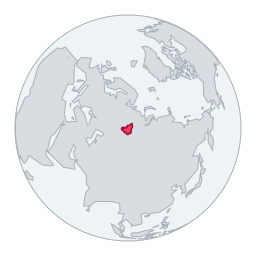 Sverdlovsk highlighted on a globe, orthographic projection, rotated 51°
{"feature_id": "RUS-2386", "entity_name": "Sverdlovsk", "entity_type": "Region", "adm_level": 1, "iso_a3": "RUS", "parent_name": "Russia", "parent_adm1": "", "projection": "orthographic", "projection_center": [60.591, 59.024], "detail": "fine", "context": "on_globe", "style": "filled", "palette": "rose", "viewbox_px": 256, "rotation_deg": 51, "n_neighbors": 0, "source": "natural_earth", "source_scale": "10m", "svg_char_len": 12732}
<svg xmlns="http://www.w3.org/2000/svg" viewBox="0 0 256 256"><g transform="rotate(51 128 128)"><circle cx="128" cy="128" r="113" fill="#eef3f6" stroke="#a8b0b8"/><path d="M118.5,15.8L120.3,15.6L119.1,15.7L121.9,15.5L124.5,15.5L130.0,15.6L135.5,17.1L134.9,20.7L132.3,19.9L132.4,21.0L135.8,22.1L137.9,22.7L143.1,29.4L153.5,35.7L158.9,36.4L156.0,37.5L167.7,38.0L174.7,41.4L165.4,38.4L163.5,38.9L167.6,41.5L166.5,42.5L167.8,44.5L166.2,45.5L160.9,44.0L159.7,44.7L162.7,46.5L162.9,48.9L158.7,46.1L158.6,50.0L149.8,48.5L139.9,40.7L133.7,41.5L120.1,38.0L120.0,39.5L114.8,39.4L112.8,41.3L110.8,40.3L110.9,42.6L113.1,43.2L113.8,44.5L112.8,45.7L110.1,44.5L110.3,43.8L109.0,44.1L108.1,43.0L107.9,44.2L104.8,42.8L106.4,46.0L102.7,46.4L101.0,45.0L103.2,42.8L104.7,34.8L103.7,33.1L100.1,32.6L89.1,36.4L87.2,35.6L83.1,36.1L83.3,37.5L86.5,37.7L85.7,40.6L89.8,40.6L90.1,41.9L93.5,43.0L90.8,45.3L86.4,47.1L83.4,46.4L81.4,47.2L82.4,50.1L75.3,51.1L67.6,55.9L66.0,56.0L66.0,52.0L70.4,46.3L70.4,41.8L68.2,47.3L64.2,47.8L62.6,49.0L61.6,50.6L62.2,51.6L60.4,52.4L61.9,47.0L63.6,46.1L63.1,47.8L65.2,45.2L66.1,41.9L64.0,42.6L67.8,37.4L66.3,37.9L66.3,37.1L68.4,36.7L64.7,37.5L68.7,32.9L63.8,35.4L71.0,31.1L75.1,28.8L79.6,26.4L78.8,26.7L85.8,23.6L87.8,22.8L95.2,20.2L102.9,18.2L110.6,16.7L118.5,15.8ZM61.1,37.5L62.8,36.2L61.3,37.3L61.1,37.5ZM139.1,22.8L136.0,22.1L133.3,20.8L136.1,21.2L139.1,22.8ZM143.9,25.9L142.1,25.7L142.1,24.2L143.1,24.8L143.9,25.9ZM163.0,36.7L160.6,35.5L163.3,36.3L163.0,36.7ZM168.3,44.6L169.3,44.6L169.6,45.6L168.3,44.6ZM94.7,41.6L94.1,42.3L93.8,41.7L94.7,41.6ZM96.7,41.5L96.8,40.4L97.8,40.2L97.7,40.9L96.7,41.5ZM167.3,48.2L167.4,49.9L166.4,47.9L167.3,48.2ZM96.4,42.9L99.5,40.0L101.3,39.7L102.4,42.1L96.4,42.9ZM166.9,50.7L167.2,55.0L169.5,55.4L163.2,56.9L165.0,52.6L163.4,50.0L165.5,51.2L166.9,50.7ZM114.2,42.9L111.8,42.3L114.7,41.7L114.2,42.9ZM115.8,42.2L123.6,38.9L126.6,40.5L123.4,41.2L128.0,42.5L125.6,44.8L122.6,44.7L121.1,43.2L121.3,45.2L115.8,42.2ZM159.7,57.1L159.0,57.9L158.7,56.7L159.7,57.1ZM114.3,44.9L115.6,44.1L118.3,45.3L116.2,47.3L116.0,46.3L114.3,44.9ZM130.4,41.7L132.0,43.0L130.5,45.3L130.9,46.2L125.8,45.0L130.4,41.7ZM114.9,46.6L115.0,48.3L112.9,48.8L113.2,45.9L114.9,46.6ZM119.9,44.9L121.1,45.6L119.7,45.8L119.9,44.9ZM105.3,51.8L106.8,50.6L108.3,51.2L105.3,51.8ZM115.2,48.9L116.0,48.7L116.7,48.8L116.4,50.1L115.2,48.9ZM125.1,46.7L124.2,47.4L127.1,47.3L126.2,49.1L122.9,48.0L123.9,49.3L123.6,49.8L121.3,48.4L125.1,46.7ZM118.4,51.7L113.9,51.1L110.8,53.1L109.3,52.7L114.6,49.5L118.4,51.7ZM120.3,49.8L118.8,50.9L117.7,49.7L118.2,48.3L120.3,49.8ZM126.7,50.7L129.0,48.3L129.6,48.6L126.7,50.7ZM117.6,52.5L118.7,52.6L117.5,52.7L117.6,52.5ZM124.1,51.5L124.9,50.5L125.6,50.9L124.1,51.5ZM120.3,53.7L118.9,53.5L119.1,52.5L120.3,53.7ZM122.2,52.9L123.0,53.6L120.0,52.3L122.4,52.4L122.2,52.9ZM124.6,52.0L125.3,51.9L124.2,52.4L124.6,52.0ZM120.2,57.6L116.5,56.1L117.0,53.9L120.6,55.6L120.2,57.6ZM51.6,210.8L46.6,205.4L47.5,204.6L46.1,201.3L39.5,188.8L40.8,185.8L39.4,182.3L36.3,179.4L34.9,175.0L33.1,172.7L23.5,158.8L21.5,150.2L21.4,132.3L23.8,131.0L25.9,125.7L44.2,125.3L46.1,130.7L58.3,141.1L59.5,143.4L56.0,147.1L63.5,161.2L68.4,159.6L77.2,168.8L84.4,172.1L90.6,163.9L78.9,158.4L78.8,152.7L89.9,153.1L100.5,157.9L100.8,155.8L95.8,149.0L100.0,146.4L94.3,146.3L95.3,149.1L91.8,149.1L90.7,146.6L92.2,145.8L89.5,143.5L82.9,148.5L83.3,151.8L75.1,148.6L74.9,154.0L72.1,154.8L71.4,146.0L72.8,143.8L70.1,132.1L67.9,134.1L70.3,145.4L68.8,143.5L65.8,146.6L66.8,142.8L64.8,130.2L58.6,126.3L47.7,128.9L44.7,125.8L43.6,120.3L50.6,112.6L56.5,120.3L59.1,118.0L60.5,111.2L62.2,114.2L63.5,112.5L65.9,115.2L72.0,114.2L74.9,116.4L79.8,111.6L81.9,112.1L78.4,114.7L77.6,117.8L85.1,123.3L87.3,123.0L89.8,119.6L91.6,121.6L93.1,117.6L98.6,118.9L93.1,114.0L96.0,110.1L100.7,108.6L100.6,106.5L93.0,108.9L90.8,110.7L90.6,113.7L83.8,118.2L80.7,117.3L84.0,109.4L80.0,107.4L84.3,102.5L102.3,98.6L108.5,99.4L113.6,109.3L110.7,111.4L107.4,108.8L108.1,115.0L109.2,112.6L110.6,114.5L113.7,111.4L114.9,112.5L115.9,107.8L117.7,108.8L117.0,111.8L123.1,108.5L127.5,109.9L128.3,108.6L128.0,106.8L133.8,109.9L134.1,108.8L132.4,107.4L131.9,104.4L133.3,100.3L135.3,101.6L135.0,103.2L137.4,108.7L136.4,113.0L137.3,113.2L138.6,109.7L135.8,103.0L136.1,100.3L137.9,103.2L137.3,101.9L138.0,100.9L140.6,101.2L138.8,97.9L144.6,86.2L150.2,85.8L151.1,89.6L157.2,83.3L163.0,83.8L161.3,82.4L163.1,78.7L161.4,78.5L160.7,77.6L164.5,68.6L166.9,67.6L166.7,62.6L165.9,61.9L164.1,62.3L163.2,56.9L169.5,55.4L171.1,56.9L173.9,55.2L177.2,59.0L181.2,61.5L183.1,67.0L186.1,68.6L186.9,67.8L191.5,69.5L198.5,76.4L189.5,74.6L178.4,65.9L182.6,69.7L180.7,70.0L181.6,72.2L184.6,74.8L185.6,74.4L185.3,85.5L190.7,95.5L192.8,91.5L196.1,91.6L204.0,100.4L207.7,120.0L212.1,121.2L213.8,123.6L212.8,127.8L210.5,124.3L207.7,125.4L206.5,122.9L204.3,128.6L202.4,125.3L201.6,131.6L204.1,133.0L206.8,129.0L206.8,136.1L212.1,137.0L214.9,141.7L213.4,156.2L208.6,164.4L208.7,166.2L205.7,166.7L203.3,172.4L210.4,176.5L210.8,178.8L206.2,187.4L205.8,185.9L197.7,187.0L197.4,193.2L203.6,193.4L205.7,196.6L201.5,198.2L199.2,195.5L196.3,195.8L196.2,190.9L192.2,185.3L187.9,189.3L187.4,186.2L181.2,182.0L174.6,187.3L164.6,199.5L164.6,207.3L160.5,211.5L152.3,202.5L149.9,194.9L146.1,196.2L138.2,189.9L122.3,189.7L120.8,187.3L117.7,188.1L112.3,185.2L110.3,181.0L106.7,180.7L112.3,191.6L116.2,191.9L120.6,188.5L121.3,192.1L126.6,195.3L118.0,202.7L95.7,205.4L94.8,199.2L84.5,177.4L85.5,175.5L85.5,175.2L85.5,174.7L83.2,177.5L81.9,173.0L86.0,188.3L86.1,193.7L95.3,205.6L94.1,206.2L97.5,208.8L109.9,209.1L109.6,210.9L103.0,217.6L87.1,222.4L89.9,227.9L90.1,231.0L81.9,229.4L84.3,231.5L80.3,230.0L81.1,230.4L73.2,226.4L65.6,221.8L58.4,216.5L51.6,210.8ZM35.7,130.0L34.7,131.4L35.7,130.0ZM110.4,167.7L117.6,169.4L116.6,162.4L119.3,162.6L118.0,160.2L116.5,161.9L113.6,155.6L117.6,154.2L117.9,151.2L115.5,150.5L108.7,154.0L112.8,163.1L110.2,165.3L110.4,167.7ZM60.4,37.9L60.8,37.6L59.5,38.6L60.4,37.9ZM60.1,38.3L60.5,38.0L61.4,37.3L60.1,38.3ZM64.2,48.1L64.0,48.5L62.6,50.1L62.7,49.3L64.2,48.1ZM60.0,58.2L57.2,59.2L59.3,57.8L58.8,56.8L62.6,52.6L65.4,55.8L63.5,55.0L60.0,58.2ZM68.5,48.2L65.7,50.3L68.6,47.9L68.5,48.2ZM68.2,101.0L68.2,103.3L66.0,104.6L62.3,102.3L65.5,100.4L68.2,101.0ZM68.7,106.4L73.0,99.5L75.5,100.9L73.4,101.2L74.6,102.8L71.5,103.9L69.6,112.1L67.5,113.7L61.9,108.3L64.9,109.1L64.7,106.6L68.7,106.4ZM79.8,81.3L81.7,78.7L84.5,84.8L82.4,86.5L78.6,84.2L78.9,80.8L79.8,81.3ZM97.9,47.9L98.4,46.9L99.2,47.1L99.3,48.2L97.9,47.9ZM105.8,51.2L96.3,52.9L96.4,51.7L90.6,54.3L88.8,52.3L92.6,50.7L86.8,51.2L89.5,48.9L85.5,49.7L94.2,46.2L96.4,44.3L94.7,47.1L96.3,49.0L97.7,49.2L103.2,48.5L108.7,45.5L111.2,47.1L111.6,48.9L110.6,49.9L109.3,48.6L109.0,50.8L106.3,49.6L105.8,51.2ZM113.9,72.3L112.7,70.0L111.7,75.0L109.0,73.6L109.1,74.2L106.3,74.3L103.1,75.6L102.2,74.6L101.3,75.6L99.5,75.7L98.0,76.7L95.8,75.3L93.8,76.5L93.9,75.1L91.0,77.6L92.2,75.1L89.9,75.2L90.0,77.5L82.0,68.0L77.7,66.2L73.5,66.1L76.1,62.2L81.7,59.8L88.3,59.0L92.0,61.4L92.5,59.3L94.4,59.9L93.3,61.3L96.3,59.4L97.5,60.3L103.4,60.1L106.9,57.1L109.2,57.0L108.4,58.6L111.2,57.4L111.3,60.5L112.9,60.5L114.6,63.7L112.2,67.0L114.2,66.8L115.6,69.3L113.9,72.3ZM120.6,58.6L118.4,62.6L115.8,63.9L113.9,57.8L112.4,57.4L111.1,53.7L114.9,52.1L114.9,53.2L115.8,54.0L114.3,54.2L116.2,54.6L116.3,56.3L117.8,57.1L116.6,58.1L120.6,58.6ZM62.1,143.0L63.3,144.3L65.4,145.7L63.5,147.8L62.1,143.0ZM60.6,134.5L61.8,135.2L60.2,138.6L59.0,137.3L60.6,134.5ZM63.8,132.7L62.0,134.9L62.3,133.0L63.8,132.7ZM79.7,115.2L81.2,115.8L80.8,116.7L79.4,117.5L79.7,115.2ZM110.3,87.5L110.1,85.9L110.8,85.6L112.5,82.1L114.6,83.0L114.4,85.5L110.3,87.5ZM87.9,164.7L85.0,165.6L84.3,164.2L85.4,164.2L87.9,164.7ZM73.1,156.9L75.8,160.0L72.6,157.4L73.1,156.9ZM112.9,87.9L113.3,86.3L114.1,87.8L112.9,87.9ZM116.2,83.5L117.4,84.9L115.0,82.7L116.2,83.5ZM108.9,235.0L104.2,237.6L98.9,236.4L96.9,235.2L97.9,233.3L103.7,233.7L106.2,232.7L108.9,235.0ZM222.6,187.6L224.3,185.3L224.1,185.6L222.6,187.6ZM220.9,189.3L223.0,186.6L220.4,190.2L220.9,189.3ZM223.7,185.6L225.8,182.2L226.7,180.6L226.5,181.3L223.7,185.6ZM219.4,191.1L210.5,200.3L206.8,203.0L207.9,201.3L213.9,196.0L219.4,191.1ZM207.5,201.6L201.5,203.8L191.8,201.5L195.3,199.6L205.2,198.2L204.6,199.5L208.3,198.7L207.5,201.6ZM221.3,183.5L220.7,186.5L216.0,191.6L213.7,193.4L212.2,191.7L213.1,189.2L215.0,187.4L221.3,173.9L223.7,172.6L222.0,177.6L223.9,177.7L221.3,183.5ZM165.2,207.8L168.2,211.0L165.9,212.4L165.2,207.8ZM223.0,166.1L221.0,172.2L222.6,165.4L223.0,166.1ZM223.4,160.7L224.0,162.0L222.6,161.8L223.4,160.7ZM209.4,168.5L207.5,170.8L207.0,169.7L209.3,166.2L209.4,168.5ZM217.0,145.7L218.5,149.3L218.6,150.9L217.0,149.7L217.0,145.7ZM131.5,94.5L126.9,98.3L124.9,101.9L126.0,105.1L122.5,102.3L125.5,96.7L131.5,94.5ZM142.8,87.0L141.8,84.4L143.5,84.6L144.0,85.2L142.8,87.0ZM141.3,86.1L137.6,84.8L137.9,82.7L140.7,84.1L141.3,86.1ZM125.1,86.2L123.6,87.2L123.0,86.0L125.1,86.2ZM226.6,181.6L229.3,176.3L230.4,174.2L226.6,181.6ZM237.3,155.1L237.4,154.5L235.1,161.3L234.6,161.6L235.7,158.3L233.8,162.1L235.9,156.4L236.5,156.6L237.6,151.7L239.0,146.7L239.7,142.4L237.3,155.1ZM235.4,161.4L235.7,160.5L235.3,162.0L235.4,161.4ZM231.1,169.8L230.9,170.6L230.3,171.4L231.1,169.8ZM232.0,167.7L233.8,164.5L231.7,168.6L232.0,167.7ZM225.1,176.6L225.9,177.2L228.1,172.8L226.4,176.8L227.7,177.1L227.0,178.8L225.8,178.3L224.9,181.9L223.9,183.3L223.6,181.7L224.8,177.2L225.8,174.5L229.8,167.9L225.1,176.6ZM232.1,165.8L231.5,165.0L231.9,163.0L232.5,162.9L232.1,165.8ZM229.4,163.3L227.4,163.5L226.1,166.7L228.5,158.7L230.1,159.8L229.4,163.3ZM227.1,160.2L225.8,163.2L226.9,159.0L227.1,160.2ZM225.3,162.9L224.7,161.4L225.9,160.0L225.3,162.9ZM227.8,159.2L227.4,155.8L228.4,156.7L227.8,159.2ZM223.0,158.2L226.4,157.5L222.7,160.9L220.6,155.2L222.0,153.1L223.0,158.2ZM218.4,121.2L216.9,119.8L217.6,117.4L218.4,119.1L218.4,121.2ZM218.6,108.8L217.3,116.3L216.1,122.6L217.4,122.1L218.8,126.3L215.8,125.3L215.3,118.7L216.6,114.5L215.0,111.3L214.8,106.8L212.1,103.9L211.4,101.3L214.3,102.7L218.6,108.8ZM210.8,102.9L206.0,96.8L208.2,93.8L209.7,94.5L211.0,98.5L209.8,99.8L210.8,102.9ZM205.5,94.5L204.2,95.7L194.5,90.5L193.0,88.6L201.5,90.8L200.8,92.2L202.8,94.1L205.5,94.5ZM160.2,58.4L159.1,58.0L160.2,57.7L160.2,58.4ZM159.7,77.6L159.0,76.3L160.3,75.9L159.7,77.6ZM157.7,72.5L156.7,73.9L157.0,71.9L157.7,72.5ZM154.6,77.1L156.0,74.2L155.9,77.7L154.6,77.1Z" fill="#d9dde1" stroke="#a8b0b8" stroke-width="1"/><path d="M124.8,133.7L124.7,133.7L124.5,133.4L124.5,133.2L124.4,133.1L124.5,133.1L124.5,132.9L124.5,132.7L124.5,132.4L124.4,132.3L124.4,132.2L124.5,132.1L124.8,132.1L125.0,132.0L125.0,131.9L125.2,131.7L125.2,131.8L125.3,131.8L125.3,131.7L125.2,131.5L125.3,131.5L125.3,131.4L125.2,131.3L125.3,131.0L125.3,130.9L125.2,130.9L125.3,130.8L125.3,130.7L125.3,130.8L125.5,130.7L125.4,130.6L125.5,130.6L125.8,130.6L125.7,130.7L125.7,130.8L125.8,130.8L126.2,130.5L126.2,130.4L126.1,130.2L125.9,130.0L125.9,129.9L126.0,129.9L126.1,129.7L126.3,129.6L126.6,129.4L126.6,129.2L126.8,129.1L126.8,128.8L126.8,128.7L126.7,128.6L126.4,128.3L126.5,128.2L126.6,127.7L126.4,127.6L126.1,127.4L125.9,127.2L125.7,127.1L125.8,127.0L125.8,126.9L125.9,126.6L126.0,126.6L126.1,126.3L126.3,126.2L126.5,126.0L126.5,125.9L126.5,125.7L126.6,125.4L126.7,125.2L126.8,125.0L126.8,124.9L126.9,124.7L126.9,124.4L126.9,124.2L126.8,123.9L126.7,123.7L126.8,123.5L126.8,123.4L126.9,123.2L126.9,122.9L126.9,122.6L126.8,122.4L127.0,122.2L127.1,122.3L127.2,122.2L127.4,122.3L127.4,122.6L127.5,122.7L127.9,122.6L128.1,122.7L128.4,122.7L128.5,122.8L129.2,123.3L129.3,123.3L129.7,123.5L129.9,123.7L130.2,124.1L130.1,124.3L130.2,124.6L130.2,124.8L130.4,125.1L130.6,125.4L130.6,125.5L130.8,125.7L131.0,125.8L131.1,126.0L131.2,126.4L131.2,126.6L131.2,127.0L131.3,127.1L131.5,127.2L132.4,127.2L132.5,127.3L132.6,127.5L132.9,128.0L133.2,128.5L133.4,128.6L133.5,128.6L133.6,129.2L133.8,129.6L133.7,129.8L133.4,129.9L133.4,130.0L133.2,130.3L133.1,130.2L132.5,130.6L132.6,130.8L132.5,131.0L132.5,131.3L132.6,131.2L132.6,131.3L132.7,131.7L132.8,131.8L132.8,132.0L133.0,131.9L133.0,132.1L132.9,132.2L132.9,132.3L132.7,132.3L132.6,132.2L132.4,132.2L132.2,132.2L132.2,132.3L132.0,132.5L131.9,132.6L131.9,132.8L132.0,132.8L131.9,132.9L131.7,132.9L131.4,132.9L131.2,132.8L131.2,132.7L131.0,132.8L130.9,132.8L130.9,132.7L130.7,132.8L130.6,132.7L130.5,132.8L130.4,132.8L130.2,132.9L129.9,133.0L129.7,133.3L129.6,133.5L129.4,133.6L129.3,133.4L129.2,133.4L128.9,133.3L128.9,133.2L128.8,133.3L128.7,133.3L128.6,133.2L128.5,133.3L128.6,133.5L128.4,133.5L128.2,133.5L127.9,133.5L127.7,133.5L127.4,133.5L127.3,133.4L127.1,133.5L127.0,133.4L126.6,133.3L126.5,133.2L126.4,133.3L126.4,133.5L126.2,133.8L125.9,133.8L125.9,133.7L125.7,133.6L125.6,133.8L125.5,133.7L125.4,133.7L125.2,133.6L124.9,133.6L124.8,133.7Z" fill="#f43f5e" stroke="#9f1239" stroke-width="1.5"/></g></svg>